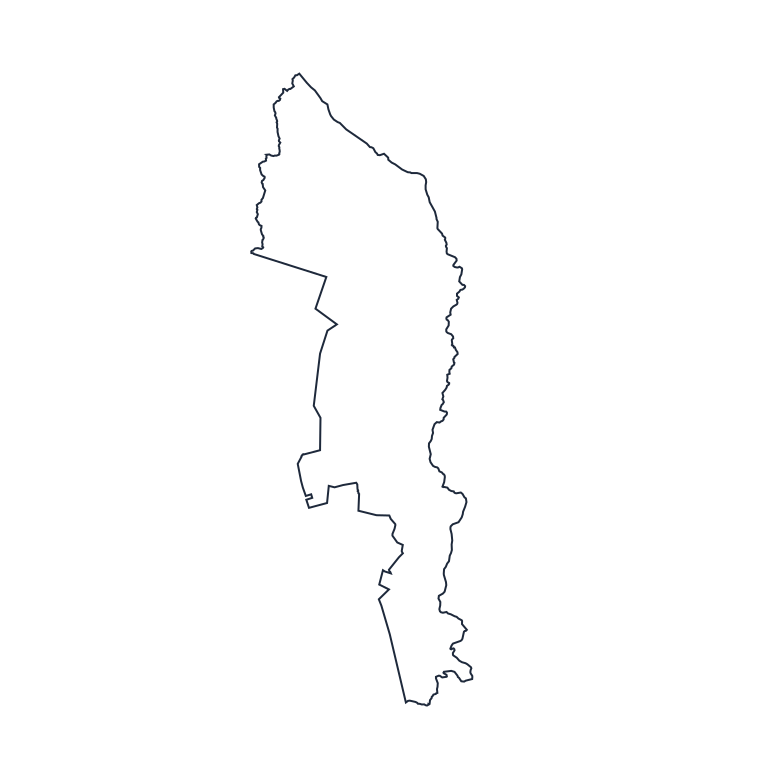 outline of Kafue, Lusaka, Zambia, rotated 255°
{"feature_id": "96606910B70191271227661", "entity_name": "Kafue", "entity_type": "district", "adm_level": 2, "iso_a3": "ZMB", "parent_name": "Zambia", "parent_adm1": "Lusaka", "projection": "mercator", "projection_center": [28.513, -15.723], "detail": "fine", "context": "isolated", "style": "outline", "palette": "slate", "viewbox_px": 768, "rotation_deg": 255, "n_neighbors": 0, "source": "geoboundaries", "source_scale": "gbopen_adm2", "svg_char_len": 6108}
<svg xmlns="http://www.w3.org/2000/svg" viewBox="0 0 768 768"><g transform="rotate(255 384 384)"><path d="M398.4,462.2L400.9,462.0L401.3,461.7L401.3,461.0L402.9,460.9L403.3,460.0L404.1,459.6L404.9,460.3L408.7,460.8L409.4,461.2L410.2,462.7L412.0,463.0L414.7,461.8L416.7,458.9L417.9,458.0L418.8,457.8L420.7,458.3L423.8,461.6L427.3,462.7L429.0,462.2L430.0,461.2L431.2,461.2L432.2,461.7L433.7,466.3L436.0,466.5L439.4,468.3L441.0,471.1L441.9,474.6L442.4,475.4L443.4,476.0L446.4,476.0L447.1,477.8L448.3,478.7L450.2,477.3L452.4,477.9L453.7,480.7L455.1,482.2L454.9,484.2L455.5,485.8L456.4,487.2L457.5,487.7L459.0,486.9L459.5,485.4L463.6,483.2L467.6,485.0L469.9,487.1L474.6,489.2L475.6,489.2L477.7,487.3L477.4,485.5L477.9,484.1L478.8,482.5L480.2,481.5L481.1,481.9L484.4,486.1L486.2,486.4L488.1,485.4L492.8,479.2L493.8,478.5L495.7,478.7L498.9,479.9L500.7,479.4L501.6,479.6L502.4,480.6L504.2,480.8L507.6,480.1L508.3,480.7L509.6,481.0L512.2,479.0L514.2,479.0L519.8,476.0L520.7,475.9L526.8,477.9L529.8,477.4L530.8,477.7L537.4,477.8L547.8,475.2L552.8,475.5L555.7,474.8L561.3,474.6L565.1,475.6L568.1,477.0L570.9,477.4L574.7,476.2L577.8,473.0L579.2,470.5L580.7,465.0L581.6,464.1L582.4,461.8L586.5,457.0L593.2,451.7L595.9,448.7L599.5,446.2L601.6,446.6L606.4,443.6L606.1,439.2L606.9,437.2L608.4,436.9L610.2,435.7L614.5,434.7L615.9,433.2L616.5,431.7L620.7,429.6L639.7,413.4L647.6,408.9L649.0,407.0L652.4,404.0L656.5,402.2L658.4,401.8L663.7,401.4L668.7,401.7L673.2,397.5L676.6,396.6L685.5,393.2L689.5,390.3L694.9,387.4L705.7,382.5L704.8,379.8L705.1,378.3L703.3,376.5L702.2,374.5L700.6,374.4L698.1,373.2L694.8,373.9L693.2,369.9L693.5,369.1L693.1,367.6L692.2,366.3L694.9,364.3L694.9,362.8L691.5,362.1L688.2,356.7L687.6,356.7L686.5,357.7L685.3,357.0L684.7,355.6L685.0,354.5L684.8,353.4L683.7,352.1L682.6,349.8L679.5,349.0L675.8,348.8L674.6,349.3L673.3,349.2L671.7,348.1L668.9,348.8L668.1,348.6L666.1,348.9L665.1,348.7L664.6,348.0L663.0,348.2L659.3,347.0L658.2,347.3L655.0,346.4L650.5,346.2L648.1,346.7L646.5,345.5L645.6,345.4L644.0,346.3L642.1,344.4L641.1,343.9L639.8,344.2L638.8,343.8L636.9,343.7L635.4,343.4L633.8,342.4L633.2,342.5L632.7,342.0L632.4,339.3L632.9,337.7L632.8,336.2L633.9,334.1L635.4,332.7L635.8,330.2L635.6,330.4L634.8,329.4L632.8,329.1L632.3,328.2L630.3,327.9L629.9,325.9L630.1,324.5L628.6,320.2L626.0,319.6L624.8,320.3L622.7,319.7L618.1,320.0L616.3,321.1L615.2,322.3L614.7,322.3L613.9,322.0L612.2,320.2L611.8,318.8L610.4,318.0L609.0,318.2L608.7,318.6L605.5,318.1L601.7,319.4L595.0,315.2L593.6,313.3L592.0,312.9L591.1,311.5L591.1,310.4L589.8,307.4L587.3,307.4L586.3,306.6L585.7,306.4L585.0,306.8L583.0,305.6L580.7,306.1L577.8,304.3L577.7,303.4L577.0,302.9L573.4,303.9L572.6,304.5L570.8,304.5L569.7,305.0L568.4,306.6L566.6,306.0L565.4,305.0L564.2,304.8L560.2,304.9L558.0,305.8L557.5,305.4L556.3,305.7L554.8,304.5L554.6,303.9L552.2,302.9L550.5,302.9L548.4,302.0L547.3,302.7L546.6,302.0L546.2,300.4L547.9,297.4L548.3,294.6L546.8,292.0L546.8,290.6L546.4,290.1L544.8,289.8L544.0,291.7L543.3,291.9L502.3,356.0L474.5,337.3L453.8,353.9L450.2,343.2L429.9,330.1L381.1,310.5L367.8,313.9L336.6,305.1L336.7,287.9L337.0,287.9L337.0,287.2L335.6,285.5L335.2,285.6L329.2,280.0L311.7,278.8L305.0,278.8L296.1,279.5L296.3,285.1L292.6,285.2L292.3,279.0L283.8,279.5L283.8,298.2L299.9,304.3L297.0,309.5L297.0,318.3L295.8,331.6L293.9,332.2L289.3,331.2L288.0,331.5L287.4,330.8L286.0,331.3L285.0,331.0L284.2,331.5L268.2,326.5L259.2,342.8L255.6,355.1L251.9,355.6L245.8,358.6L244.8,358.5L241.4,356.7L237.0,353.4L235.3,352.9L227.5,355.8L223.7,360.5L218.1,357.9L217.2,357.9L215.6,358.4L212.8,353.6L203.3,340.7L201.1,340.9L200.8,341.4L199.3,341.6L202.7,336.3L204.4,334.8L191.5,327.5L184.3,335.6L177.4,323.3L170.6,324.1L140.7,324.8L70.7,322.7L71.7,325.2L71.5,326.9L68.7,332.2L67.4,333.6L66.4,334.0L65.8,335.8L64.7,337.5L64.1,340.0L63.0,341.0L62.3,342.3L62.7,343.9L63.4,344.1L62.9,344.7L63.1,345.2L66.7,346.6L68.3,348.7L69.5,349.2L70.0,350.2L71.2,351.4L71.2,353.8L71.7,354.3L71.8,355.6L75.6,356.2L77.6,357.3L81.1,358.5L86.2,358.0L87.7,358.4L88.1,361.4L87.7,362.4L85.5,364.3L85.0,368.6L85.2,369.0L86.9,369.1L89.2,366.8L89.7,366.7L90.5,367.4L89.5,374.7L87.7,377.6L83.2,379.5L81.9,379.5L80.8,380.4L76.9,381.7L76.6,382.3L75.8,384.4L76.3,386.2L76.2,392.8L78.1,393.5L79.3,393.7L82.0,392.8L83.3,392.8L85.2,393.6L86.8,394.8L87.9,394.7L91.7,392.0L93.2,390.5L95.1,387.3L97.3,385.1L100.8,383.4L103.9,380.7L104.5,380.5L106.3,380.9L108.5,383.2L109.6,383.3L110.6,382.8L110.7,381.8L110.3,380.4L110.7,379.7L111.2,379.6L113.9,381.6L115.4,383.4L116.0,391.2L116.4,392.5L117.6,393.8L124.0,397.1L124.5,398.0L124.4,399.2L125.1,400.4L131.9,397.2L134.9,398.1L135.7,397.9L138.2,395.2L140.3,393.9L141.4,392.1L144.3,388.9L145.8,386.4L147.6,385.4L147.8,381.7L148.8,379.9L150.0,379.2L152.2,379.2L155.6,381.0L158.9,382.0L162.6,381.1L165.2,382.2L166.3,386.6L167.7,388.8L173.6,392.1L176.6,392.6L184.1,392.4L185.6,392.7L189.6,394.1L191.4,396.4L194.2,398.5L196.0,400.9L201.2,403.1L203.4,405.0L206.1,406.6L211.5,407.8L215.1,409.4L221.6,410.5L226.7,410.6L228.6,411.2L229.3,411.7L230.7,414.1L231.2,420.2L235.0,424.5L237.9,426.4L240.1,427.3L244.5,430.6L248.6,433.1L252.3,433.5L253.7,432.4L257.5,431.4L259.3,430.1L259.7,425.6L260.2,424.5L261.0,423.8L262.2,423.6L263.2,421.3L265.0,419.4L267.5,418.4L269.2,415.0L269.1,414.5L269.7,413.9L273.6,416.7L278.4,418.7L280.0,418.9L281.2,418.5L281.5,418.0L283.6,417.0L285.3,414.9L288.4,414.6L289.6,413.9L290.8,411.7L292.2,410.2L296.4,408.7L299.9,408.7L304.1,411.0L311.8,411.1L315.0,412.1L316.9,414.5L318.6,415.9L321.4,416.9L324.0,418.7L327.2,419.0L332.1,422.4L333.5,425.1L332.4,427.7L333.1,429.3L333.3,431.0L334.3,432.4L335.9,432.9L338.2,436.6L338.8,437.0L340.0,437.4L341.2,437.0L341.8,435.2L344.5,431.6L346.2,432.3L348.9,434.3L349.4,435.5L351.0,437.1L353.3,436.9L354.1,436.4L356.6,438.1L360.2,438.1L362.6,441.7L364.4,443.6L365.9,444.3L366.5,446.1L367.3,447.0L368.1,447.2L369.3,445.9L370.6,445.6L373.7,447.0L376.6,447.5L376.9,450.1L378.6,450.2L380.7,450.9L381.7,453.1L383.3,453.9L384.6,456.7L386.2,457.5L386.6,457.1L390.0,457.3L391.1,458.8L391.9,459.1L393.9,462.9L395.7,463.2L398.4,462.2Z" fill="none" stroke="#1e293b" stroke-width="2"/></g></svg>